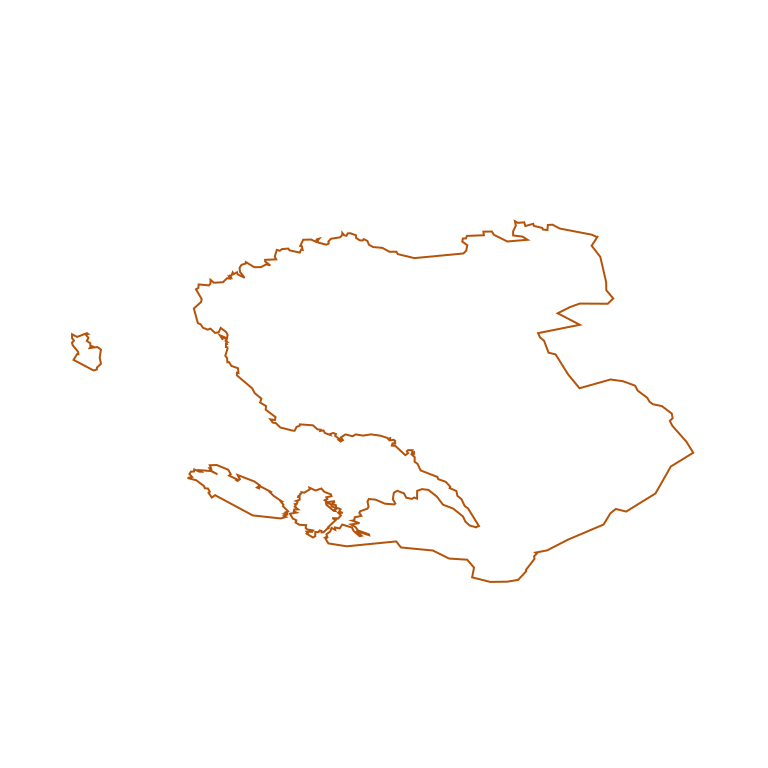 Strand nor, Rogaland, Norway (Natural Earth projection), rotated 8°
{"feature_id": "86288312B48942403855190", "entity_name": "Strand nor", "entity_type": "district", "adm_level": 2, "iso_a3": "NOR", "parent_name": "Norway", "parent_adm1": "Rogaland", "projection": "natural_earth1", "projection_center": [5.968, 59.049], "detail": "fine", "context": "isolated", "style": "outline", "palette": "amber", "viewbox_px": 768, "rotation_deg": 8, "n_neighbors": 0, "source": "geoboundaries", "source_scale": "gbopen_adm2", "svg_char_len": 6137}
<svg xmlns="http://www.w3.org/2000/svg" viewBox="0 0 768 768"><g transform="rotate(8 384 384)"><path d="M699.8,409.0L691.5,399.1L675.1,385.0L672.2,380.7L674.6,377.7L673.1,373.3L662.3,367.2L653.0,366.6L649.3,364.5L646.6,361.0L636.2,355.3L632.9,350.7L620.3,348.0L607.7,348.0L578.2,361.0L565.2,349.1L549.8,330.8L542.6,330.1L536.5,318.9L532.1,316.2L529.5,312.2L569.7,298.1L546.1,289.8L557.7,281.8L566.7,277.1L594.4,273.4L599.1,267.4L591.1,260.2L589.8,252.2L580.5,228.0L570.4,218.2L575.3,207.7L574.5,208.9L569.0,207.2L536.5,205.6L528.7,202.8L524.1,203.7L524.4,208.8L519.8,208.9L519.0,207.4L510.4,206.6L509.5,204.6L502.0,207.9L500.3,204.4L494.2,205.8L491.0,204.6L492.5,208.7L490.6,214.8L491.2,218.9L500.7,218.8L506.1,221.2L486.3,225.7L472.1,221.0L469.6,218.0L461.2,219.3L462.2,222.8L445.5,225.8L444.9,228.4L441.8,229.0L441.7,232.1L447.2,235.0L446.8,240.6L444.4,243.7L396.6,255.1L379.6,253.5L377.9,251.3L371.0,252.3L363.4,249.4L354.2,249.9L349.7,248.2L347.6,244.6L343.8,243.4L342.9,244.9L339.9,245.1L336.1,243.2L335.5,240.6L329.5,239.4L327.1,239.9L326.2,242.4L323.9,242.3L321.7,240.2L321.9,242.3L320.2,244.8L311.2,247.6L309.1,250.6L309.7,252.6L307.6,254.1L299.1,253.1L298.2,251.3L299.6,249.1L297.2,250.2L297.0,252.7L291.7,251.1L283.9,252.4L281.9,258.9L283.5,259.0L284.8,262.6L283.2,262.5L282.3,265.6L271.9,264.8L270.3,263.2L264.2,264.6L262.2,266.6L259.2,266.1L258.1,273.1L259.9,275.6L249.0,277.6L249.3,279.3L254.9,282.4L250.8,281.9L245.8,285.4L239.3,286.4L230.2,282.5L230.3,283.9L226.3,285.9L224.8,289.0L225.8,293.1L231.2,298.2L223.8,295.8L222.9,293.8L219.8,296.1L218.6,294.6L218.0,297.6L216.6,298.0L217.7,299.8L215.6,299.2L216.8,301.1L213.8,301.1L210.4,305.6L201.5,307.4L197.7,305.0L198.2,308.6L197.0,310.7L186.6,311.2L186.8,314.7L184.6,316.4L191.6,325.2L191.5,328.2L185.2,335.7L191.2,349.6L194.1,350.4L196.9,353.5L201.8,354.7L204.5,353.3L209.5,356.9L213.1,355.8L214.5,351.2L220.6,354.6L222.3,357.2L222.2,360.6L214.7,358.6L218.2,362.6L217.2,360.1L221.6,361.1L221.8,362.8L220.2,363.2L221.7,363.0L222.4,363.6L221.5,363.5L222.9,366.2L221.9,366.3L222.3,369.4L223.8,369.5L224.1,371.0L222.9,378.1L225.0,380.2L225.9,384.3L227.5,383.9L230.3,387.3L237.2,388.7L238.4,393.4L236.8,393.3L237.1,395.9L254.0,406.6L257.3,411.1L264.6,415.5L263.9,419.6L270.3,422.3L270.4,425.9L281.2,431.9L281.0,434.9L276.4,434.8L279.2,437.7L282.3,437.8L287.4,441.5L300.4,442.9L302.0,442.7L303.4,438.6L306.2,437.2L306.3,435.7L319.4,434.8L324.5,438.2L327.6,438.1L327.4,439.4L330.5,438.4L332.2,440.7L335.4,441.5L338.0,442.0L337.4,441.2L340.4,439.6L343.4,440.2L342.9,442.2L348.2,445.1L346.8,445.7L349.0,447.0L351.1,445.3L348.7,442.9L352.8,439.3L360.2,440.1L362.9,437.9L370.5,438.0L378.1,435.7L387.9,435.7L395.1,437.0L396.9,439.0L396.5,437.5L397.6,436.9L397.7,439.0L401.5,437.9L403.0,438.9L402.4,441.0L404.3,441.3L400.7,441.7L400.3,443.9L403.8,443.7L415.0,451.5L417.5,449.2L416.0,447.4L417.1,446.1L421.5,445.6L421.3,448.2L423.2,447.3L423.5,449.0L421.5,450.1L424.6,452.2L425.1,456.7L428.3,458.4L432.3,464.5L449.8,468.6L451.0,470.7L458.8,472.3L463.9,476.5L463.5,477.9L470.6,479.9L472.2,484.5L476.8,487.3L480.8,493.5L484.5,495.5L497.8,511.5L495.1,512.9L496.0,513.2L488.5,512.2L483.6,508.8L480.8,504.3L470.0,497.8L459.2,495.3L452.1,488.2L442.8,482.7L436.3,482.8L431.7,485.2L432.7,492.9L429.8,492.2L427.5,493.9L421.8,493.5L419.0,489.5L412.0,487.9L408.9,490.3L408.8,496.9L411.8,500.7L411.1,501.8L401.6,502.4L391.8,499.7L385.0,500.0L384.0,502.6L385.8,507.8L384.9,509.8L378.1,513.3L377.5,515.1L379.9,517.7L373.5,520.1L373.6,523.0L371.5,523.7L379.1,525.2L370.8,527.7L375.7,529.6L378.5,532.6L390.1,535.0L390.4,535.8L377.0,533.5L383.0,537.4L381.1,538.1L374.3,533.7L372.3,530.6L362.2,529.0L360.2,533.2L355.4,532.9L356.0,535.2L352.1,533.8L351.3,537.5L347.9,540.9L348.8,542.9L347.4,544.1L348.9,544.1L347.8,545.5L351.1,549.6L369.7,549.9L418.0,538.2L423.5,543.5L455.6,542.1L472.7,547.8L490.8,546.4L498.7,553.3L498.2,563.2L516.7,565.2L533.6,562.6L544.1,559.3L550.9,549.6L550.4,548.4L557.4,536.1L556.6,533.9L558.8,530.7L557.4,529.9L568.6,526.1L587.9,512.5L621.0,492.6L626.2,480.5L630.9,475.5L641.6,476.6L668.1,454.6L679.5,425.8L699.8,409.0ZM229.6,487.5L222.8,488.7L224.6,491.9L223.0,491.9L225.0,494.1L231.7,496.6L224.8,494.3L213.4,495.0L215.4,496.3L213.2,496.5L208.0,495.0L208.0,497.1L204.9,497.7L203.9,500.3L206.9,502.8L202.6,504.4L211.6,505.5L220.1,510.2L221.0,512.2L224.3,512.0L226.5,515.0L225.4,516.2L229.3,520.4L232.2,517.6L272.3,532.4L300.4,531.5L305.4,529.3L303.4,528.5L305.4,527.3L303.6,526.7L305.1,526.3L303.5,525.5L305.5,525.7L304.1,524.8L307.0,525.1L304.7,524.6L306.7,523.4L300.9,519.0L301.2,517.6L298.4,515.0L299.4,514.6L290.2,510.1L286.0,507.0L286.8,506.5L277.0,503.0L274.6,502.9L274.8,504.7L272.6,504.2L274.6,502.1L276.1,502.2L269.3,498.6L251.7,494.5L254.5,498.4L252.4,500.4L251.0,499.7L251.8,498.9L243.3,496.3L244.8,494.7L241.7,490.6L229.6,487.5ZM331.0,499.0L324.5,497.0L325.1,498.7L320.2,502.7L317.4,502.6L317.6,503.2L316.3,504.5L316.6,505.1L314.7,507.1L314.6,507.8L316.1,507.5L316.6,510.3L313.3,512.1L314.8,512.4L314.3,514.9L312.5,515.3L313.5,516.9L312.7,517.9L316.4,520.1L312.5,520.8L312.4,522.7L315.2,523.5L308.9,525.6L312.4,529.9L316.2,531.2L315.7,533.5L319.8,535.2L326.6,534.6L326.4,537.4L328.0,538.7L334.2,538.9L333.4,540.4L328.0,541.1L329.1,542.2L328.3,543.0L335.0,545.9L337.1,544.3L336.6,540.1L339.8,539.8L340.7,538.0L342.6,538.2L342.8,539.7L344.8,539.2L348.5,534.4L350.0,534.8L348.6,533.6L355.3,525.2L352.9,524.6L351.5,524.0L357.4,523.5L359.6,520.1L356.9,518.1L361.1,517.2L357.3,516.8L358.4,514.1L355.7,513.3L352.6,515.3L353.6,516.5L352.0,516.7L343.8,511.7L343.1,509.7L348.4,510.4L349.0,512.4L353.9,513.5L353.2,510.7L350.4,510.4L349.7,508.4L351.1,508.1L350.7,507.0L344.6,508.8L341.5,507.3L343.9,505.7L342.7,504.2L347.6,502.4L346.8,500.7L339.9,499.1L336.5,496.2L331.0,499.0ZM82.8,375.0L73.5,380.1L68.2,378.2L68.7,382.0L70.9,384.1L69.3,386.5L70.3,388.9L76.6,394.7L77.2,397.0L76.0,397.0L73.2,403.3L94.5,411.0L97.6,409.6L97.5,407.6L100.9,403.4L98.8,397.6L98.9,389.3L95.0,387.3L87.5,389.4L87.7,388.9L89.7,387.8L89.6,387.4L88.2,387.7L89.5,387.2L87.9,386.8L87.4,384.5L83.7,382.7L84.9,379.4L81.2,376.1L83.8,375.6L82.8,375.0Z" fill="none" stroke="#b45309" stroke-width="2"/></g></svg>